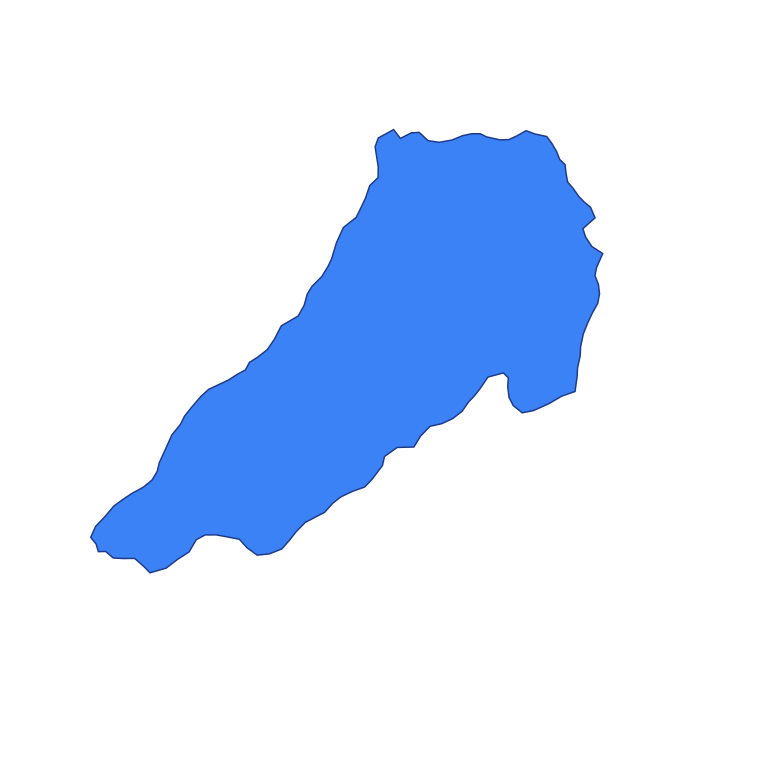 outline of Fernando Prestes, São Paulo, Brazil, rotated 33°
{"feature_id": "56859067B72667219694885", "entity_name": "Fernando Prestes", "entity_type": "district", "adm_level": 2, "iso_a3": "BRA", "parent_name": "Brazil", "parent_adm1": "São Paulo", "projection": "natural_earth1", "projection_center": [-48.697, -21.321], "detail": "fine", "context": "isolated", "style": "filled", "palette": "blue", "viewbox_px": 768, "rotation_deg": 33, "n_neighbors": 0, "source": "geoboundaries", "source_scale": "gbopen_adm2", "svg_char_len": 1869}
<svg xmlns="http://www.w3.org/2000/svg" viewBox="0 0 768 768"><g transform="rotate(33 384 384)"><path d="M253.5,165.4L245.2,180.8L247.4,190.0L260.8,204.9L266.6,214.1L264.0,225.4L267.2,237.9L268.9,250.7L269.9,259.5L264.7,274.9L267.2,291.5L271.9,307.6L273.0,315.7L273.3,327.9L270.4,341.6L270.7,350.6L274.2,361.5L275.0,373.7L266.2,391.1L267.7,406.5L267.4,418.7L263.2,430.9L259.4,439.0L260.1,447.7L255.9,455.4L251.3,465.5L245.5,474.9L239.9,483.9L237.2,494.0L235.3,508.5L234.2,519.5L235.3,528.5L233.8,542.1L236.5,559.4L238.4,572.5L241.4,580.8L241.8,590.7L238.4,601.5L232.2,613.0L227.7,623.4L223.8,633.9L222.3,646.4L219.7,660.6L221.6,672.4L229.9,675.1L235.7,680.2L241.8,676.0L251.6,677.4L259.7,672.8L269.9,666.1L281.8,667.8L290.6,669.8L301.6,657.0L306.4,643.4L312.0,631.0L311.3,616.9L316.2,608.0L325.3,602.0L334.1,598.3L347.2,593.0L358.6,596.0L370.8,596.6L380.3,589.0L388.1,578.0L389.9,565.8L390.7,556.2L393.3,543.0L399.1,532.7L404.1,523.9L405.9,512.2L409.3,502.1L416.3,490.8L423.9,480.9L425.9,470.5L427.1,453.1L423.9,444.6L429.6,430.0L443.4,420.6L443.0,407.7L445.7,394.3L454.0,385.9L460.5,375.5L464.4,364.2L464.7,352.9L466.3,344.7L467.1,335.7L467.4,321.6L472.7,315.7L478.1,309.7L484.9,311.1L489.1,318.7L496.1,327.1L504.1,331.7L515.6,332.9L523.9,324.8L533.2,310.3L539.6,297.5L548.3,286.2L541.9,272.6L537.6,265.2L533.2,253.5L528.6,245.7L523.9,233.5L521.7,222.5L520.1,211.4L519.3,199.9L515.6,190.9L509.5,183.6L501.9,178.2L498.8,170.4L496.4,155.5L483.5,155.5L472.9,150.9L466.2,145.4L470.5,129.7L461.0,123.3L452.5,122.3L444.9,120.5L435.7,116.8L428.1,114.7L421.6,107.8L416.4,101.4L409.1,100.0L402.1,95.0L393.3,90.6L385.7,87.8L374.7,92.0L365.2,94.2L360.5,103.2L355.6,111.0L348.2,116.1L335.4,120.9L328.4,121.7L321.3,126.3L314.7,132.9L308.2,142.3L298.6,151.3L288.4,155.9L276.5,153.8L270.1,158.5L264.0,169.1L253.5,165.4Z" fill="#3b82f6" stroke="#1e3a8a" stroke-width="1.5"/></g></svg>